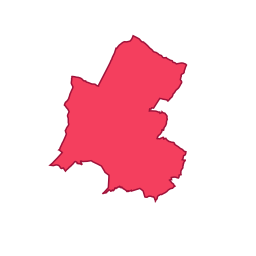 Partestii De Jos, Suceava, Romania (Robinson projection), rotated 143°
{"feature_id": "2599482B28606213719079", "entity_name": "Partestii De Jos", "entity_type": "district", "adm_level": 2, "iso_a3": "ROU", "parent_name": "Romania", "parent_adm1": "Suceava", "projection": "robinson", "projection_center": [25.954, 47.619], "detail": "fine", "context": "isolated", "style": "filled", "palette": "rose", "viewbox_px": 256, "rotation_deg": 143, "n_neighbors": 0, "source": "geoboundaries", "source_scale": "gbopen_adm2", "svg_char_len": 5712}
<svg xmlns="http://www.w3.org/2000/svg" viewBox="0 0 256 256"><g transform="rotate(143 128 128)"><path d="M89.6,198.9L93.8,195.9L97.6,194.0L98.9,193.2L99.9,192.4L100.6,192.3L101.5,191.8L102.8,191.0L106.4,189.2L125.7,179.9L126.3,179.3L126.9,179.9L127.4,180.6L127.9,182.6L128.4,183.2L130.4,184.9L132.4,188.2L133.1,189.2L133.4,189.4L133.6,189.8L133.6,190.1L133.6,190.6L133.5,190.8L133.9,191.1L133.9,191.5L134.7,192.0L134.9,192.3L135.1,192.9L135.2,194.4L135.5,195.4L135.8,196.3L137.2,198.3L138.8,199.8L139.8,201.1L141.7,202.9L141.8,202.9L142.2,202.2L143.6,201.1L143.7,200.6L143.9,200.4L144.8,199.6L146.3,198.0L146.7,196.6L147.1,194.4L147.4,193.8L148.7,192.8L150.0,192.2L154.0,189.9L155.9,188.4L156.8,187.9L157.4,187.3L159.4,186.5L160.2,186.4L161.1,186.1L162.3,186.2L163.5,185.6L165.0,184.6L164.8,183.2L164.9,181.1L164.7,179.5L165.1,177.1L165.3,176.4L168.2,174.8L169.0,174.1L169.4,173.2L169.7,172.0L171.1,170.0L172.4,168.3L173.0,166.8L173.7,166.2L174.4,165.8L175.7,165.5L176.0,165.3L177.2,164.9L178.4,164.1L179.6,163.7L180.3,162.0L180.8,160.3L182.7,159.1L187.9,156.2L189.8,155.4L190.9,154.7L194.2,153.0L194.9,152.3L196.4,152.1L196.1,151.7L195.8,150.3L195.3,148.8L195.8,148.2L195.6,147.9L202.7,146.5L207.4,145.8L209.4,145.4L212.6,145.2L210.3,142.9L207.6,141.8L206.4,140.6L206.0,139.9L205.8,139.4L205.7,138.9L205.7,137.7L205.9,137.0L205.7,136.0L205.5,135.7L203.9,135.1L203.6,134.8L203.8,133.8L203.9,131.2L202.1,131.6L201.3,131.6L199.4,131.8L198.4,132.1L197.9,131.9L197.3,132.1L196.6,132.2L196.1,132.0L195.2,132.3L193.7,132.4L191.0,133.1L190.3,133.0L190.0,132.6L190.0,132.3L189.6,131.7L189.4,131.1L189.5,130.7L189.9,130.3L189.8,130.2L189.5,129.8L189.0,129.5L188.9,129.2L188.6,128.8L187.9,128.6L187.6,128.0L187.1,126.8L186.6,126.8L186.4,127.5L186.2,129.3L185.8,130.0L185.5,129.9L185.4,129.9L184.4,128.5L182.7,127.4L180.8,126.1L177.1,124.1L176.7,123.2L176.6,122.6L176.3,122.0L175.6,120.7L175.4,120.2L174.0,117.6L172.1,113.6L172.7,108.2L173.0,106.4L171.8,102.3L171.6,101.8L173.0,100.0L179.5,92.3L180.4,92.0L185.7,91.0L187.4,90.9L187.4,90.7L186.0,90.3L184.9,89.6L183.9,89.3L183.2,89.8L182.0,89.7L180.8,90.0L180.5,90.0L180.1,89.6L179.8,89.0L179.8,88.4L179.9,88.1L179.2,87.7L178.4,87.9L177.7,87.7L177.7,86.9L177.3,86.8L176.7,87.0L176.3,86.9L174.9,87.8L174.4,87.9L174.3,87.4L174.1,87.4L174.0,86.9L172.4,87.0L172.4,86.7L170.1,86.6L170.2,86.0L170.2,85.9L169.6,85.9L169.5,84.4L168.5,84.5L168.3,82.3L168.1,82.3L167.1,79.2L167.1,78.9L167.0,78.7L167.1,78.2L166.5,78.1L166.6,77.7L165.5,77.5L165.6,77.0L162.9,76.3L163.2,75.6L154.9,72.6L154.4,71.0L153.8,68.6L156.0,62.8L155.4,62.0L154.5,61.3L154.2,61.2L152.7,61.1L152.2,60.8L151.4,60.3L150.6,59.5L150.1,58.5L149.0,57.6L149.1,56.9L149.0,56.1L149.6,54.7L149.6,54.1L150.1,53.1L149.8,53.2L149.0,53.8L148.1,53.8L147.6,53.9L146.7,54.5L146.1,55.2L145.7,55.4L144.8,55.7L144.3,55.8L143.5,55.5L142.4,55.5L141.8,55.2L141.4,54.8L141.1,54.6L139.9,54.5L139.1,54.3L138.2,54.2L137.5,54.0L135.3,53.9L132.9,54.3L132.4,54.2L130.6,54.0L128.7,53.1L126.8,53.4L125.5,53.3L125.7,55.1L125.4,55.9L125.9,57.4L126.0,58.1L126.0,59.4L126.2,61.4L125.5,61.3L125.2,61.2L124.8,61.0L124.3,60.5L123.2,62.4L121.8,61.7L120.1,60.6L119.3,59.8L119.1,59.3L118.8,58.9L118.4,58.4L118.0,57.8L117.4,57.8L116.1,58.8L115.5,59.6L113.7,58.8L113.3,59.8L112.7,60.4L112.4,61.0L111.2,62.1L109.5,62.8L108.3,63.1L107.7,63.8L106.9,64.8L106.5,64.9L105.9,65.6L105.2,66.0L105.3,66.2L103.9,67.1L101.9,67.6L101.7,68.0L102.5,68.5L102.8,68.8L103.5,69.8L103.7,70.0L102.5,70.5L100.2,72.5L99.0,72.1L98.2,72.3L97.4,72.8L96.0,74.2L96.4,74.7L97.0,75.1L97.3,76.6L97.4,77.9L97.8,78.9L98.5,80.2L99.1,82.7L100.4,86.2L100.6,87.1L100.2,87.4L100.1,88.2L100.2,88.8L100.3,89.1L100.6,89.3L102.0,90.7L102.2,91.0L103.0,92.3L103.6,92.9L103.6,93.5L104.0,94.6L104.1,96.5L104.0,97.0L106.0,97.6L105.3,99.1L105.4,99.3L106.0,99.6L107.0,99.7L107.9,100.1L108.7,100.1L109.2,100.3L109.5,100.5L110.4,101.5L111.1,101.8L111.2,102.0L109.9,102.9L109.7,103.2L109.2,103.2L108.1,103.8L107.4,103.6L105.8,103.8L103.2,104.7L102.3,105.9L101.9,106.1L101.5,106.1L101.4,105.3L101.3,105.0L100.8,104.9L100.1,105.6L99.7,105.9L98.9,106.6L96.7,107.2L94.6,108.5L93.5,109.9L92.3,110.8L91.7,111.1L91.3,111.4L90.9,112.6L89.8,113.8L89.6,114.4L89.6,115.6L89.7,116.9L89.6,117.4L90.0,118.1L90.6,118.7L90.9,119.3L91.1,120.5L91.4,120.2L91.4,119.8L93.6,120.5L93.1,121.6L93.6,121.6L94.5,123.1L95.6,124.7L99.6,128.1L100.7,128.7L99.6,129.9L99.1,130.2L98.4,129.3L97.1,129.8L96.3,129.2L95.6,128.5L84.8,132.5L84.1,131.6L83.5,131.2L82.9,130.2L80.2,127.3L80.0,127.0L79.9,126.5L80.1,126.2L80.0,125.9L79.9,125.5L78.7,125.8L77.8,125.7L77.4,125.8L77.0,126.3L76.2,126.2L75.4,126.3L74.8,126.2L73.0,126.9L71.8,127.8L71.4,128.1L70.0,128.2L69.0,128.5L67.4,129.2L66.8,129.3L64.0,129.5L63.5,129.6L62.1,130.1L59.3,131.4L58.3,131.7L57.7,132.1L57.5,132.5L57.2,132.9L57.1,133.4L57.2,134.5L57.0,135.2L56.9,135.4L56.0,136.0L55.9,136.2L55.6,136.4L55.3,136.7L54.9,136.9L54.3,137.3L54.0,137.7L53.9,138.2L53.4,138.4L52.4,138.6L50.8,138.3L50.1,138.5L49.5,138.8L49.1,139.4L48.8,139.6L48.2,140.2L47.8,140.3L45.3,142.1L43.4,143.1L43.5,143.6L43.5,144.3L45.0,146.7L45.9,147.5L46.6,148.0L50.8,150.1L51.0,151.1L51.4,152.2L52.5,153.3L52.2,155.0L52.4,155.4L53.3,156.4L55.0,160.1L55.1,161.3L56.0,161.7L57.3,162.6L57.7,163.4L57.8,164.0L57.7,165.1L57.7,165.7L58.0,166.2L59.0,167.7L59.2,168.4L59.3,169.4L60.2,171.6L60.7,172.1L61.4,173.1L61.8,174.0L61.7,174.7L61.7,175.4L62.0,177.0L62.4,178.2L62.6,179.5L62.8,181.9L63.2,184.1L63.4,185.4L63.8,186.0L63.8,187.1L64.1,187.6L64.7,188.0L65.1,188.8L65.3,190.1L65.4,191.9L65.5,192.6L66.8,195.4L68.4,198.6L70.1,197.5L71.5,196.8L72.8,196.4L73.8,196.2L74.7,196.4L76.4,197.2L77.6,197.8L78.7,198.9L79.7,199.3L81.1,199.5L85.4,199.4L89.2,198.4L89.6,198.9Z" fill="#f43f5e" stroke="#9f1239" stroke-width="1.5"/></g></svg>